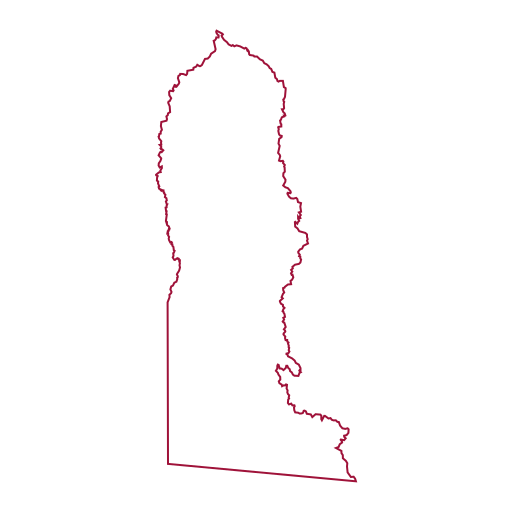 outline of Novo Progresso, Pará, Brazil
{"feature_id": "56859067B57581825298876", "entity_name": "Novo Progresso", "entity_type": "district", "adm_level": 2, "iso_a3": "BRA", "parent_name": "Brazil", "parent_adm1": "Pará", "projection": "robinson", "projection_center": [-55.438, -7.908], "detail": "fine", "context": "isolated", "style": "outline", "palette": "rose", "viewbox_px": 512, "rotation_deg": 0, "n_neighbors": 0, "source": "geoboundaries", "source_scale": "gbopen_adm2", "svg_char_len": 6036}
<svg xmlns="http://www.w3.org/2000/svg" viewBox="0 0 512 512"><path d="M284.0,99.0L285.0,96.8L285.7,88.9L285.6,88.1L283.9,87.1L282.9,80.9L279.7,80.9L278.5,81.6L277.4,80.9L277.0,79.2L275.3,77.7L274.4,72.6L272.4,71.9L271.2,68.9L269.7,68.1L268.6,66.1L266.6,64.3L264.3,63.2L262.8,60.6L259.9,59.3L257.0,56.5L254.3,56.5L253.6,55.6L249.8,55.0L249.2,54.3L248.8,51.4L248.1,50.4L247.8,51.1L247.4,50.8L246.5,48.3L245.6,47.8L244.3,48.6L240.2,46.4L236.5,45.4L234.3,46.3L232.8,45.1L231.5,45.9L228.6,44.4L227.0,42.2L224.0,39.8L222.0,36.8L221.6,35.6L222.9,34.4L222.4,33.7L216.6,30.7L216.2,31.5L216.4,32.7L217.7,34.8L218.6,35.3L218.7,36.6L218.5,37.5L216.3,37.4L215.9,39.0L214.8,40.4L213.7,40.8L215.6,49.2L215.0,51.1L211.1,53.7L209.8,56.5L207.7,58.6L205.0,58.9L201.9,65.0L200.4,66.1L199.4,66.1L197.3,64.8L196.2,66.6L193.5,67.8L193.3,69.7L187.4,70.8L187.1,73.9L186.1,75.1L183.1,74.0L180.2,73.9L179.9,75.1L178.5,75.8L177.9,78.1L179.3,82.3L178.8,83.7L176.4,86.8L175.7,86.8L175.6,85.3L174.6,85.0L172.8,88.9L173.6,90.4L173.1,91.2L170.1,90.7L169.1,92.0L169.3,95.2L171.2,98.2L169.7,101.1L168.5,101.6L168.2,102.8L169.7,106.3L170.1,112.1L168.0,113.4L167.8,115.1L166.4,116.4L167.0,119.1L166.5,120.7L161.3,122.0L160.9,126.1L161.9,129.8L160.7,131.7L160.7,133.6L159.3,134.0L159.0,136.3L158.6,136.6L159.1,138.5L161.3,141.2L161.0,142.8L161.3,144.5L159.7,144.9L161.2,146.4L161.2,147.7L160.5,148.4L161.2,149.4L162.3,149.4L163.3,150.3L161.6,152.2L160.5,152.0L160.0,152.4L158.6,155.3L161.2,158.3L161.2,158.8L160.4,161.0L158.8,163.3L158.6,165.5L159.7,167.5L161.8,166.4L161.9,168.0L160.3,170.7L160.7,172.1L158.9,172.4L156.1,174.7L156.2,175.3L157.7,176.1L157.1,177.4L156.9,180.6L158.2,181.5L158.0,183.4L159.3,186.4L158.6,187.0L159.1,188.7L161.0,189.6L160.7,190.1L161.4,190.8L162.5,190.2L163.5,190.4L163.3,191.7L164.2,192.4L164.1,193.4L165.4,194.7L164.9,197.1L166.4,198.2L166.8,200.4L165.9,201.4L166.8,204.4L167.2,204.4L166.6,205.8L166.6,207.3L165.6,207.6L166.1,211.2L166.6,211.3L166.1,214.1L166.8,214.4L165.9,221.0L166.4,222.4L166.9,222.2L167.0,222.9L166.6,223.1L167.2,225.2L168.8,226.4L169.6,228.6L169.0,228.8L169.1,229.7L168.6,229.8L168.5,231.0L167.8,231.1L167.5,232.6L167.9,232.3L168.2,233.2L168.1,235.4L169.1,236.9L168.7,238.5L169.0,240.0L170.2,242.4L171.5,242.0L171.9,242.7L171.5,242.8L171.4,244.2L172.4,244.7L172.4,245.8L173.4,246.9L173.8,250.2L174.6,250.8L173.8,252.8L173.2,253.2L173.5,255.8L172.7,257.4L174.2,259.8L174.9,260.0L176.7,258.5L177.6,258.8L177.8,258.3L178.5,258.6L178.2,259.0L179.0,260.0L179.9,260.2L179.8,261.6L179.4,261.7L179.9,263.3L179.5,265.2L180.0,267.5L179.1,270.7L177.1,273.8L176.9,274.5L177.8,276.2L177.7,277.3L177.1,277.8L177.3,279.0L176.4,281.7L174.3,282.7L173.0,285.5L171.2,286.5L170.4,289.4L171.5,291.9L171.1,293.2L169.4,294.8L169.6,297.1L167.6,302.3L168.0,463.9L355.9,481.3L355.1,478.7L353.6,476.7L350.9,477.0L347.6,472.4L347.0,466.5L347.3,463.2L345.9,460.9L342.9,458.3L342.8,455.1L341.5,453.2L341.4,450.9L336.0,448.0L338.6,447.0L339.8,444.2L342.1,442.5L341.9,441.4L340.7,439.8L340.9,439.5L344.1,440.2L345.7,438.3L344.2,436.8L344.1,435.7L346.6,435.1L348.4,432.9L348.6,429.3L347.6,428.3L345.3,428.9L342.4,428.3L340.1,425.6L338.8,422.0L337.4,421.9L335.8,420.3L333.6,420.4L331.8,419.8L330.5,418.1L328.5,418.5L325.0,415.9L324.2,415.9L321.9,420.3L321.3,419.2L321.3,415.7L320.4,414.6L315.6,414.2L312.3,417.1L310.8,414.4L306.8,413.8L305.9,411.4L304.5,410.6L303.7,410.8L303.0,412.8L301.8,413.4L299.8,413.6L298.1,412.7L295.2,412.4L294.3,410.3L294.0,407.5L294.7,406.2L294.4,405.3L292.4,405.4L291.2,403.6L289.0,404.4L287.9,403.0L288.2,399.5L289.1,398.5L288.7,397.6L289.2,395.3L288.0,394.1L287.3,392.3L287.6,390.5L286.6,388.5L287.0,384.8L286.0,384.4L285.1,385.4L283.5,385.4L282.1,386.2L281.7,384.6L279.4,383.2L278.8,381.3L280.3,379.6L280.2,376.9L278.4,374.5L277.9,372.9L275.9,370.8L277.3,368.5L277.3,365.8L277.8,364.6L278.6,364.9L279.7,368.5L281.6,368.6L283.5,370.1L285.8,367.9L286.3,365.8L287.3,365.8L288.3,368.0L289.7,369.2L290.1,371.1L291.8,372.4L292.9,374.6L294.4,375.7L298.4,375.9L299.5,372.9L300.8,372.2L299.3,370.7L299.7,370.0L300.5,370.1L300.5,368.1L298.8,364.6L295.8,362.9L294.7,360.6L292.1,358.4L288.0,356.3L287.5,354.6L286.5,354.2L286.5,353.6L288.4,353.1L289.4,351.5L288.7,350.2L289.2,347.8L288.6,347.1L288.8,345.7L288.0,343.6L288.5,342.5L287.3,341.6L287.2,340.0L285.6,340.1L285.0,338.0L285.3,336.6L283.5,334.5L283.6,333.5L285.3,331.6L285.1,330.6L283.9,329.3L285.7,327.0L284.3,322.6L283.5,322.5L282.7,321.6L284.1,319.5L283.3,317.8L285.0,316.9L284.4,313.8L283.5,312.6L283.4,311.6L282.6,311.2L283.4,309.1L284.5,307.9L283.0,306.5L282.9,304.8L280.9,303.7L279.9,301.5L279.9,300.9L282.8,298.4L281.6,297.2L283.0,293.8L284.2,292.5L283.2,290.1L283.1,288.1L284.5,287.7L284.8,286.9L287.9,284.5L291.1,284.2L290.5,280.9L292.1,279.7L293.3,277.3L292.5,274.7L291.7,274.9L291.0,273.3L292.3,271.6L291.1,269.9L292.8,268.4L292.4,266.9L295.0,264.7L298.9,263.9L300.4,262.5L301.1,259.5L300.3,258.4L300.3,256.6L299.1,256.2L299.8,254.7L298.3,252.8L298.2,251.7L300.0,249.4L302.1,248.6L303.4,245.8L308.0,243.5L307.0,240.6L307.7,239.2L307.0,237.0L307.0,234.4L305.3,232.9L299.2,231.2L297.5,228.4L295.2,226.6L294.9,222.1L295.3,221.8L297.3,223.7L298.0,222.0L299.2,220.9L298.1,218.8L298.1,216.7L299.4,218.4L300.4,218.1L299.7,216.4L300.8,215.0L298.9,212.4L301.1,211.7L300.3,206.7L301.0,203.1L298.0,202.1L297.3,199.0L296.2,197.9L293.4,198.6L290.9,198.3L289.0,196.6L287.4,193.7L287.7,192.8L290.4,193.2L290.8,192.3L290.4,191.1L287.8,188.1L285.4,187.3L283.2,185.5L285.3,181.8L285.5,179.7L283.2,176.1L283.4,173.2L284.8,171.7L284.6,167.4L284.1,166.6L284.8,165.0L283.0,163.0L283.4,161.6L282.8,160.8L280.5,161.2L279.0,160.6L280.2,156.2L279.7,154.8L278.1,152.9L279.7,145.9L278.5,143.6L279.2,138.8L281.5,137.2L281.7,136.5L281.7,135.9L279.8,135.4L279.0,134.1L278.3,130.9L278.8,129.1L278.2,127.5L278.4,126.9L281.3,126.5L281.3,124.3L280.6,123.5L280.1,120.5L280.9,119.8L281.8,117.3L284.3,116.4L283.9,115.5L285.3,115.3L284.7,113.4L283.4,112.2L282.0,109.3L283.4,109.2L284.1,108.2L283.7,103.9L284.2,101.8L283.6,101.2L283.3,99.5L284.0,99.0Z" fill="none" stroke="#9f1239" stroke-width="2"/></svg>